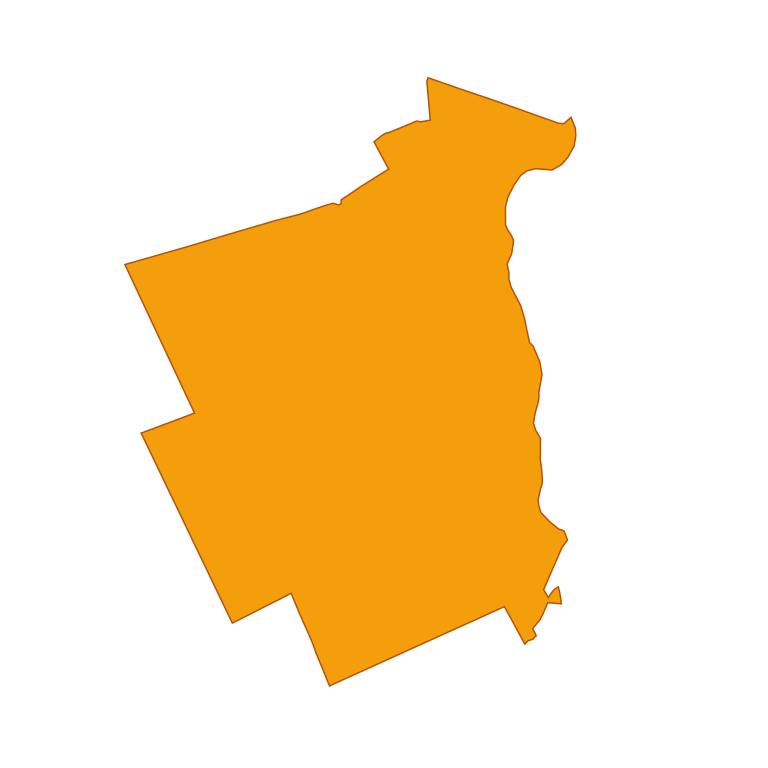 Felnac, Arad, Romania, rotated 76°
{"feature_id": "2599482B41938678080549", "entity_name": "Felnac", "entity_type": "district", "adm_level": 2, "iso_a3": "ROU", "parent_name": "Romania", "parent_adm1": "Arad", "projection": "natural_earth1", "projection_center": [21.145, 46.113], "detail": "fine", "context": "isolated", "style": "filled", "palette": "amber", "viewbox_px": 768, "rotation_deg": 76, "n_neighbors": 0, "source": "geoboundaries", "source_scale": "gbopen_adm2", "svg_char_len": 2329}
<svg xmlns="http://www.w3.org/2000/svg" viewBox="0 0 768 768"><g transform="rotate(76 384 384)"><path d="M663.9,509.9L663.6,509.0L661.7,498.9L641.3,387.6L635.3,354.5L629.1,321.0L670.5,310.3L668.9,307.9L668.0,306.4L667.6,301.1L666.4,299.5L665.2,297.9L665.2,297.2L664.5,297.5L663.7,297.5L661.9,297.8L660.1,298.3L657.6,298.8L656.0,297.2L655.4,296.4L654.8,295.5L653.7,294.1L652.6,292.7L652.4,292.1L651.9,291.4L650.3,289.5L648.2,287.8L647.5,287.1L645.6,285.4L643.3,283.7L641.0,281.9L639.6,280.8L638.1,279.7L635.8,278.2L640.2,265.1L639.6,265.0L637.9,264.8L636.8,264.7L634.7,264.4L633.6,264.3L632.6,264.2L631.7,264.2L628.8,264.0L625.8,264.0L625.5,264.0L623.0,263.9L623.0,264.0L624.1,267.3L625.6,270.1L628.2,273.2L631.0,276.2L629.6,276.6L622.2,278.9L603.8,264.8L585.5,250.7L579.9,243.7L572.7,244.5L570.1,244.8L569.7,245.3L568.4,247.3L566.8,249.8L557.6,256.6L547.0,262.7L541.4,263.3L533.9,262.6L524.2,257.8L519.6,254.9L514.0,253.2L504.2,251.6L494.4,250.5L490.5,249.4L486.5,248.3L479.2,246.5L477.0,245.9L474.8,245.3L465.7,248.0L458.4,248.5L449.0,244.5L440.8,239.8L437.3,238.0L433.4,236.6L429.7,235.9L418.3,230.7L413.0,228.4L400.1,227.5L393.1,228.6L383.6,230.1L379.0,232.7L364.4,232.3L354.9,231.8L340.9,232.4L322.6,236.8L319.6,237.3L312.2,237.4L306.0,235.8L297.6,235.6L288.3,228.5L280.9,225.4L275.8,223.5L269.8,224.7L264.3,226.7L259.2,227.6L241.5,223.3L232.9,218.7L222.6,209.9L214.7,200.9L211.8,194.0L211.7,185.1L215.0,175.2L217.0,169.1L214.1,158.8L208.6,150.8L199.2,142.0L189.5,137.8L181.8,136.4L178.1,137.0L170.5,138.0L172.2,141.3L174.9,146.5L173.3,151.5L139.6,202.3L135.1,209.2L115.2,240.2L97.5,267.2L100.7,269.2L139.2,275.3L138.8,280.6L138.6,283.4L138.3,285.6L137.6,287.1L137.0,287.9L136.8,289.5L137.8,295.3L141.2,318.3L141.0,321.0L141.7,324.0L142.9,327.1L146.6,335.1L176.6,327.5L186.5,357.8L192.7,374.6L194.8,380.9L196.1,381.4L198.4,382.1L198.9,382.6L199.3,384.0L199.1,385.1L197.7,387.2L196.4,389.6L196.3,390.9L196.5,392.2L196.4,395.8L197.5,408.8L198.9,423.8L199.1,449.2L201.1,497.7L203.1,539.7L203.3,544.0L205.4,606.5L366.4,574.9L372.9,631.6L374.4,631.2L579.3,589.0L575.4,571.6L572.4,558.7L569.7,547.0L567.2,535.5L565.0,526.6L565.0,525.4L564.8,524.7L572.1,523.6L586.9,521.4L595.5,519.9L599.7,519.1L606.8,517.8L620.7,515.7L627.4,515.2L633.4,514.3L647.5,512.2L663.9,509.9Z" fill="#f59e0b" stroke="#b45309" stroke-width="1.5"/></g></svg>